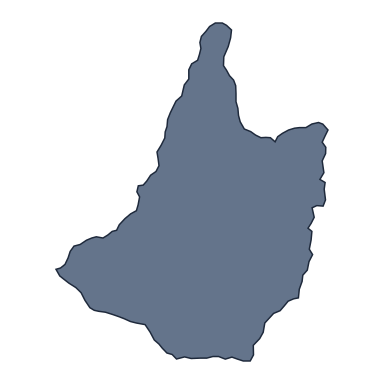 Arapuá, Minas Gerais, Brazil (Equal Earth projection)
{"feature_id": "56859067B22852370679078", "entity_name": "Arapuá", "entity_type": "district", "adm_level": 2, "iso_a3": "BRA", "parent_name": "Brazil", "parent_adm1": "Minas Gerais", "projection": "equal_earth", "projection_center": [-46.116, -19.025], "detail": "fine", "context": "isolated", "style": "filled", "palette": "slate", "viewbox_px": 384, "rotation_deg": 0, "n_neighbors": 0, "source": "geoboundaries", "source_scale": "gbopen_adm2", "svg_char_len": 1936}
<svg xmlns="http://www.w3.org/2000/svg" viewBox="0 0 384 384"><path d="M328.0,130.0L322.8,124.1L318.5,122.5L311.9,124.0L305.9,127.6L299.5,127.6L294.5,128.2L288.6,130.0L282.5,133.3L277.7,136.7L275.1,141.8L270.4,137.7L265.9,137.4L260.9,137.7L255.6,135.1L250.7,131.6L244.3,129.0L240.2,121.8L238.5,115.4L237.9,108.4L236.0,101.7L236.0,93.8L235.7,85.7L233.6,80.1L229.5,75.7L226.5,70.2L223.5,65.7L223.8,56.8L228.2,46.6L230.6,37.9L231.5,30.0L226.5,25.3L222.3,23.0L215.3,23.0L209.6,26.5L205.9,31.4L201.4,36.4L199.9,42.5L200.9,48.5L199.4,54.6L197.6,60.3L191.7,63.8L188.8,69.8L188.8,79.0L184.3,84.9L181.7,96.0L176.0,101.1L173.5,106.2L170.3,112.8L167.6,119.6L167.0,126.6L165.2,131.9L164.8,138.0L161.1,145.3L157.0,152.0L158.1,158.7L159.0,165.7L156.0,171.5L150.6,175.2L146.8,181.0L143.2,185.1L138.3,185.8L136.9,191.8L139.6,196.9L138.1,204.9L136.4,210.7L130.7,213.8L125.0,218.6L119.3,224.7L116.6,230.3L112.2,231.4L107.7,235.1L103.0,238.0L96.3,236.8L91.8,238.0L86.5,240.2L80.1,244.5L74.0,246.1L70.2,251.4L68.1,257.9L65.0,264.4L60.5,268.0L56.0,269.3L59.8,276.0L64.1,279.4L69.1,283.3L75.9,287.6L81.1,292.7L85.0,300.4L89.9,307.7L94.2,310.3L98.7,311.3L105.4,312.2L112.4,314.4L117.9,316.3L124.2,318.7L130.4,321.5L136.3,323.0L145.1,324.6L150.1,332.1L154.3,340.0L159.0,344.1L162.3,348.2L166.9,353.0L172.2,354.5L176.5,359.0L184.6,356.9L191.2,358.5L200.4,358.1L206.8,358.1L212.9,356.5L218.6,356.5L225.3,359.1L231.9,357.1L237.2,359.0L243.3,361.0L250.2,361.0L253.5,354.9L253.3,345.3L259.7,338.6L263.2,332.3L264.8,323.0L273.6,313.4L280.1,310.7L284.5,305.6L288.1,301.2L293.7,298.8L298.4,297.9L299.3,289.2L302.1,281.4L302.8,275.2L307.3,270.1L309.0,261.6L312.6,254.6L309.3,249.2L311.1,240.0L311.9,231.4L308.0,228.2L311.1,223.4L314.2,217.3L312.1,207.8L316.8,205.6L323.1,206.1L325.5,199.9L324.2,189.2L325.1,182.5L319.9,179.4L323.9,172.7L322.2,160.9L325.6,153.6L325.8,147.3L322.2,142.2L325.1,135.9L328.0,130.0Z" fill="#64748b" stroke="#1e293b" stroke-width="1.5"/></svg>